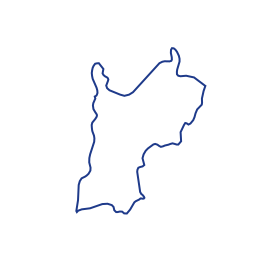 an SVG outline of Oran, rotated 148°
{"feature_id": "DZA-2145", "entity_name": "Oran", "entity_type": "Province", "adm_level": 1, "iso_a3": "DZA", "parent_name": "Algeria", "parent_adm1": "", "projection": "equal_earth", "projection_center": [-0.636, 35.601], "detail": "fine", "context": "isolated", "style": "outline", "palette": "blue", "viewbox_px": 256, "rotation_deg": 148, "n_neighbors": 0, "source": "natural_earth", "source_scale": "10m", "svg_char_len": 1914}
<svg xmlns="http://www.w3.org/2000/svg" viewBox="0 0 256 256"><g transform="rotate(148 128 128)"><path d="M40.1,122.7L44.3,119.3L49.7,113.8L51.8,110.2L53.1,108.7L59.5,107.1L62.9,104.7L65.8,102.0L68.5,100.1L72.7,98.7L74.9,98.9L75.8,100.9L76.8,101.9L78.9,100.9L85.6,96.6L90.0,88.6L94.1,87.3L95.5,88.2L96.9,89.8L98.4,91.4L100.8,92.1L102.5,92.4L106.0,93.6L108.0,93.9L110.1,94.6L111.1,96.3L111.9,98.3L113.4,100.1L115.2,100.6L121.9,100.1L125.1,99.3L128.7,97.4L131.7,94.7L133.8,88.0L136.0,87.7L138.4,88.5L140.3,88.8L142.1,87.6L143.4,86.0L151.6,67.3L151.7,64.8L151.3,64.1L151.0,62.7L150.9,61.1L151.1,60.1L152.1,59.8L153.2,60.4L154.1,61.2L154.7,61.6L156.5,61.4L160.2,61.8L162.0,61.6L169.4,57.7L174.3,56.1L176.5,57.6L177.3,60.2L179.2,61.5L181.3,62.2L182.6,63.0L183.2,65.5L182.1,68.7L182.6,71.2L185.5,74.6L190.1,77.1L202.7,80.0L210.3,83.5L214.1,84.3L215.9,83.8L215.8,85.0L208.6,93.3L200.0,105.8L197.0,108.5L194.0,109.9L190.0,109.5L188.2,109.6L185.7,110.1L182.5,111.8L180.8,114.2L179.1,119.4L176.7,123.0L174.0,125.8L164.0,134.2L162.0,137.0L160.9,139.5L160.0,143.9L159.5,145.3L158.5,147.4L157.2,149.8L155.4,151.5L151.0,153.0L148.9,154.0L147.9,154.8L147.4,155.7L147.3,157.0L147.4,158.4L147.3,162.3L145.8,165.7L144.2,167.5L140.1,170.3L139.5,172.3L137.7,172.2L136.8,172.7L135.3,173.9L134.1,176.2L133.3,178.9L131.9,188.4L130.9,191.1L129.6,193.8L127.7,196.1L126.0,197.8L124.1,199.0L121.8,199.9L120.1,199.3L118.4,198.4L117.6,191.1L120.6,187.8L120.7,185.9L120.1,184.0L119.0,182.1L118.7,180.9L119.0,179.5L120.1,178.5L124.0,175.5L124.6,172.8L123.7,169.8L117.0,160.5L114.0,157.2L109.4,155.7L104.8,155.7L67.0,166.3L63.8,166.0L61.6,165.2L57.5,162.5L55.7,162.0L54.6,162.7L53.4,164.8L51.9,168.9L50.1,171.5L48.4,172.4L47.0,171.3L46.3,169.3L46.1,166.6L46.6,162.3L47.6,159.4L49.1,157.0L55.3,151.5L56.8,149.7L58.0,147.6L57.7,145.7L56.1,144.1L51.0,141.5L45.2,135.9L40.3,123.1L40.1,122.7Z" fill="none" stroke="#1e3a8a" stroke-width="2"/></g></svg>